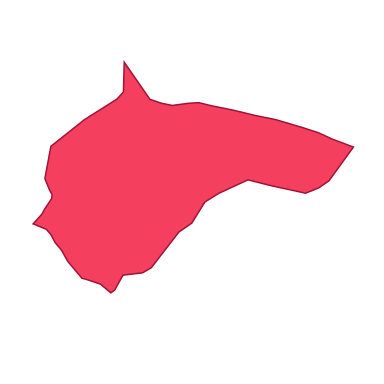 the district of Nyiragongo, Nord-Kivu, Democratic Republic of the Congo, rotated 11°
{"feature_id": "63176286B84996923503616", "entity_name": "Nyiragongo", "entity_type": "district", "adm_level": 2, "iso_a3": "COD", "parent_name": "Democratic Republic of the Congo", "parent_adm1": "Nord-Kivu", "projection": "robinson", "projection_center": [29.271, -1.55], "detail": "fine", "context": "isolated", "style": "filled", "palette": "rose", "viewbox_px": 384, "rotation_deg": 11, "n_neighbors": 0, "source": "geoboundaries", "source_scale": "gbopen_adm2", "svg_char_len": 809}
<svg xmlns="http://www.w3.org/2000/svg" viewBox="0 0 384 384"><g transform="rotate(11 192 192)"><path d="M131.5,306.5L134.8,303.1L140.1,286.8L158.9,280.8L166.5,274.1L186.8,233.8L197.8,222.5L206.6,199.3L218.7,188.1L244.6,169.4L268.0,170.7L303.7,171.5L315.5,163.9L324.3,154.9L341.9,117.1L320.0,113.4L304.8,109.7L289.3,107.8L260.6,105.0L239.1,104.8L217.2,103.8L203.6,103.7L193.8,103.6L181.7,103.0L171.5,105.6L156.1,110.8L145.2,110.7L133.1,109.1L100.7,77.5L105.6,106.9L100.6,115.1L81.3,133.3L72.6,141.5L55.5,161.5L44.8,174.0L44.8,181.3L44.9,190.8L45.0,206.9L51.5,216.8L55.2,221.4L55.4,225.4L50.5,237.1L48.9,242.3L44.4,249.8L42.1,253.6L56.1,256.4L61.6,260.7L67.5,268.0L73.0,272.3L76.1,275.3L83.1,283.7L100.5,297.7L104.5,297.9L119.7,299.9L131.5,306.5Z" fill="#f43f5e" stroke="#9f1239" stroke-width="1.5"/></g></svg>